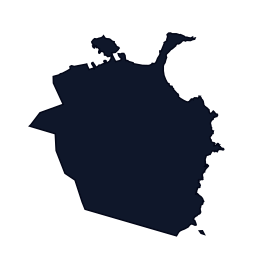 outline of Kritar - Sirah, `Adan, Yemen, rotated 278°
{"feature_id": "15242507B68167315655913", "entity_name": "Kritar - Sirah", "entity_type": "district", "adm_level": 2, "iso_a3": "YEM", "parent_name": "Yemen", "parent_adm1": "`Adan", "projection": "robinson", "projection_center": [45.033, 12.772], "detail": "fine", "context": "isolated", "style": "filled", "palette": "ink", "viewbox_px": 256, "rotation_deg": 278, "n_neighbors": 0, "source": "geoboundaries", "source_scale": "gbopen_adm2", "svg_char_len": 5923}
<svg xmlns="http://www.w3.org/2000/svg" viewBox="0 0 256 256"><g transform="rotate(278 128 128)"><path d="M116.2,30.2L112.2,56.8L95.6,60.0L74.4,71.9L69.1,82.8L48.4,92.9L41.6,96.8L28.0,191.0L31.9,192.6L33.3,193.7L34.5,195.4L35.9,197.9L38.4,201.3L39.6,202.0L40.3,202.3L41.5,203.5L41.9,204.4L41.8,205.4L41.1,207.7L41.3,208.8L42.0,208.9L42.5,208.5L42.8,208.5L43.2,208.3L44.2,207.7L45.4,207.1L46.0,206.3L46.3,205.4L47.2,205.5L49.7,206.5L49.7,207.1L50.3,207.5L50.7,208.3L52.6,209.7L52.6,210.2L53.3,211.1L54.4,211.6L54.7,211.4L54.8,211.2L55.4,211.5L56.5,211.0L58.5,210.4L59.0,210.8L60.3,210.9L61.0,210.7L61.9,211.1L62.7,211.5L62.7,212.1L63.2,212.5L64.2,212.5L65.0,212.2L65.4,213.0L65.9,213.2L66.6,212.6L68.6,211.5L69.9,210.1L70.5,209.1L71.2,207.3L71.9,207.1L72.0,206.7L71.9,206.1L72.6,205.9L72.6,205.4L73.0,205.1L72.5,204.7L72.2,204.7L72.0,204.2L72.6,204.2L73.0,204.4L74.1,204.3L74.5,204.8L75.8,204.7L76.3,205.0L76.7,205.0L77.7,205.2L78.3,205.0L78.7,205.3L78.7,205.7L79.2,206.7L79.1,207.1L79.4,207.4L80.0,207.3L80.2,207.1L80.5,207.3L81.1,207.5L81.5,207.5L82.0,207.0L82.6,206.6L83.0,206.5L83.6,205.4L84.8,205.8L86.1,205.0L86.8,205.5L86.5,206.1L86.8,206.8L86.8,207.1L87.3,207.4L87.3,208.9L87.5,209.2L87.8,209.0L88.5,209.0L88.8,208.6L89.0,208.9L89.4,208.7L89.7,208.6L89.9,208.8L90.3,208.4L90.9,208.1L91.7,208.3L92.4,207.9L94.7,209.0L95.1,209.3L95.1,209.8L95.2,210.0L96.5,209.8L97.1,210.0L97.4,210.5L98.6,210.7L99.4,211.5L99.8,211.6L100.0,211.9L100.4,212.0L100.7,212.4L101.6,212.9L101.9,212.8L102.0,212.3L102.2,212.1L102.5,212.0L102.7,211.7L100.8,210.4L100.6,209.3L103.0,210.4L103.4,209.5L105.2,209.3L106.5,208.9L108.0,208.7L110.0,209.1L110.8,209.1L111.6,209.5L112.1,210.1L112.4,211.1L113.2,212.0L113.2,212.8L113.3,213.0L116.3,214.1L117.3,215.1L117.3,215.7L117.2,216.2L116.8,216.4L116.6,216.8L116.8,217.1L117.2,217.1L117.0,217.5L117.6,217.8L117.1,219.0L117.0,219.8L118.5,220.0L119.0,220.8L119.5,220.8L119.7,221.8L119.6,223.1L120.0,223.6L119.6,224.2L119.5,225.2L120.0,225.8L120.3,225.7L120.6,225.6L121.0,225.1L121.0,223.7L121.3,223.2L121.6,222.3L122.3,222.1L122.4,221.2L122.6,220.7L123.1,220.7L123.8,220.9L123.5,220.2L124.7,220.0L125.1,219.5L125.1,219.1L125.0,218.7L124.0,218.1L123.9,218.5L123.4,218.4L122.4,215.7L123.8,215.6L124.7,216.2L125.3,215.6L125.3,215.3L125.1,214.9L125.5,214.1L125.5,213.2L126.2,212.1L126.9,212.0L127.5,212.1L128.0,211.7L128.0,211.3L129.3,210.7L130.4,210.4L131.1,210.7L132.3,211.6L133.1,211.6L133.8,212.0L134.4,213.0L135.0,212.9L135.4,212.8L136.8,212.9L136.6,212.4L137.1,211.9L137.6,211.1L138.0,211.0L138.2,210.8L140.0,210.7L140.6,209.9L141.1,210.0L142.7,209.5L143.5,209.0L145.0,208.9L145.7,209.0L147.1,209.6L148.1,210.2L148.1,210.6L148.4,210.9L148.7,211.1L149.2,211.0L150.9,211.5L150.7,212.3L151.3,212.4L151.4,213.3L151.7,213.7L151.7,214.3L152.9,214.9L154.0,214.6L154.2,212.8L154.8,212.2L155.6,211.5L156.6,210.1L154.5,208.8L153.7,207.7L154.4,206.6L156.4,205.7L157.1,205.8L157.4,205.1L158.3,204.3L160.4,200.6L161.1,200.2L161.9,199.4L162.6,199.5L163.6,199.1L164.4,198.9L165.5,198.3L166.2,197.7L166.4,197.2L167.7,196.2L168.1,196.1L168.3,195.9L168.3,195.2L169.1,194.8L169.4,195.0L169.4,193.9L168.7,194.0L168.1,193.8L167.3,193.3L166.9,193.0L167.4,192.2L167.1,189.5L166.4,189.1L165.9,188.5L165.2,188.5L165.7,187.3L165.4,186.6L165.2,186.5L164.9,186.7L164.6,186.2L164.0,185.7L163.3,185.4L162.7,184.9L162.2,184.0L162.0,182.7L162.9,179.6L164.6,175.6L166.0,173.5L166.8,173.2L167.4,173.5L168.7,172.6L168.8,171.9L171.5,168.7L171.7,167.9L172.8,167.8L173.4,167.4L173.4,166.9L174.6,166.0L175.3,165.9L175.4,165.4L175.4,165.0L174.9,164.7L175.1,164.0L175.4,163.9L175.5,163.5L176.3,162.8L177.6,162.4L177.8,160.9L181.3,158.4L185.1,156.3L189.4,155.0L194.4,154.3L196.3,154.7L197.8,155.5L201.1,155.9L203.4,156.4L204.1,155.9L205.8,155.5L206.7,155.9L209.5,158.1L211.5,159.3L212.7,160.8L216.1,163.8L216.4,163.5L217.1,163.8L217.9,164.6L218.5,165.5L218.3,166.2L218.7,167.0L220.0,168.4L221.7,169.6L222.3,170.4L222.6,171.7L222.1,172.6L223.0,174.1L223.3,177.7L224.5,179.6L225.2,181.6L226.4,181.9L225.6,180.0L226.0,179.5L227.0,179.3L225.8,177.7L225.8,175.6L226.1,173.7L225.9,172.5L226.2,171.3L226.6,171.0L227.2,169.1L227.8,166.8L227.4,165.8L227.8,164.4L228.0,162.6L227.4,158.8L228.0,156.8L227.6,155.0L225.9,153.7L223.9,154.6L221.1,154.1L220.0,154.5L217.6,151.9L216.8,152.2L208.9,150.2L208.7,148.8L207.5,149.0L205.4,149.6L205.1,149.3L203.8,148.9L201.5,147.8L199.8,147.3L199.2,147.3L196.3,146.3L195.5,145.3L195.3,143.9L195.4,143.0L194.3,142.5L193.3,141.1L192.7,139.6L192.0,133.6L192.4,124.3L193.3,124.0L193.9,119.4L194.7,118.4L194.5,116.5L196.4,115.7L199.5,114.9L201.2,113.5L201.0,111.6L200.2,110.3L200.2,108.0L198.4,108.8L197.0,110.2L195.7,112.1L194.6,111.6L193.6,110.6L192.0,106.5L197.7,102.5L200.1,101.4L201.2,105.0L204.4,107.5L204.9,107.3L205.9,108.1L206.5,107.6L206.8,106.2L207.3,105.1L209.0,104.0L210.0,102.5L211.5,102.3L211.6,100.6L213.3,97.9L213.6,96.7L213.4,94.9L213.6,93.0L215.9,90.9L214.9,90.4L213.7,89.1L212.7,86.5L211.8,84.9L211.8,82.5L210.4,81.3L208.2,80.1L206.2,81.3L205.5,82.6L204.4,81.5L203.0,82.4L202.6,83.4L204.2,83.6L204.8,84.9L203.6,85.1L203.2,85.4L203.6,86.4L203.1,87.6L202.5,88.2L202.3,88.7L201.2,88.7L200.7,89.3L200.1,88.4L199.3,88.4L198.3,88.6L198.1,89.4L198.8,89.9L200.2,90.1L200.1,91.6L200.2,92.5L199.8,93.5L198.4,94.2L197.0,94.6L197.1,96.2L195.9,98.0L196.4,99.5L197.2,101.4L196.4,102.0L195.2,101.4L193.9,101.6L192.9,100.9L191.7,100.6L189.7,98.4L190.4,97.2L191.5,96.9L191.7,96.1L191.4,95.0L190.4,94.9L189.9,95.8L189.6,96.8L188.5,96.1L188.6,95.3L187.6,93.6L186.6,92.4L186.2,90.5L185.6,90.2L183.9,88.7L184.2,87.5L185.6,86.4L188.0,84.1L187.3,83.1L186.6,83.1L183.6,85.6L182.8,86.5L181.8,86.4L182.2,84.9L180.4,81.3L183.9,79.0L185.6,78.2L185.1,77.0L181.4,66.1L181.8,63.5L180.8,62.0L178.4,62.7L176.1,59.8L172.9,55.3L172.4,53.8L170.8,52.0L168.6,46.8L162.1,47.9L142.4,60.6L130.8,38.7L117.6,31.3L116.2,30.2ZM36.6,216.0L36.0,213.0L33.9,215.0L33.3,218.4L36.6,216.0Z" fill="#0f172a" stroke="#020617" stroke-width="1.5"/></g></svg>